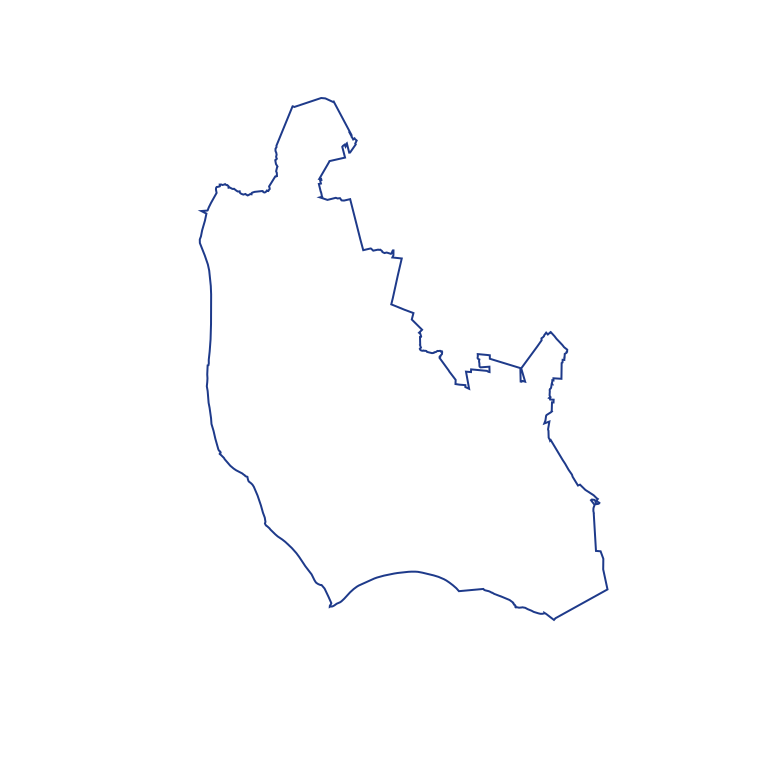 Ahome, Sinaloa, Mexico (Robinson projection), rotated 332°
{"feature_id": "50627088B63495042821208", "entity_name": "Ahome", "entity_type": "district", "adm_level": 2, "iso_a3": "MEX", "parent_name": "Mexico", "parent_adm1": "Sinaloa", "projection": "robinson", "projection_center": [-109.057, 25.923], "detail": "fine", "context": "isolated", "style": "outline", "palette": "blue", "viewbox_px": 768, "rotation_deg": 332, "n_neighbors": 0, "source": "geoboundaries", "source_scale": "gbopen_adm2", "svg_char_len": 6127}
<svg xmlns="http://www.w3.org/2000/svg" viewBox="0 0 768 768"><g transform="rotate(332 384 384)"><path d="M462.8,102.0L434.9,97.3L433.8,95.9L433.6,95.9L400.9,123.1L400.3,124.4L398.7,125.3L397.9,126.7L397.5,127.8L397.5,129.0L396.8,131.2L395.5,132.6L395.2,133.6L395.1,134.8L394.3,135.2L393.4,135.1L393.0,135.5L391.9,139.0L392.0,142.1L391.3,142.5L388.9,145.2L388.6,145.6L388.5,147.2L387.1,150.2L386.4,150.1L386.4,149.8L385.4,149.7L375.3,155.6L375.0,157.3L374.6,158.2L373.9,158.4L372.4,159.3L371.3,158.6L371.3,158.3L369.5,159.0L368.4,158.8L367.6,158.0L367.5,156.8L367.2,156.5L359.9,153.6L357.5,153.2L356.8,153.3L356.1,154.3L355.0,153.5L352.8,153.6L352.0,153.4L351.7,152.6L351.3,152.3L350.9,151.2L348.7,150.7L347.3,149.1L346.8,148.1L346.6,147.4L347.0,146.1L346.0,145.8L345.2,145.3L344.4,143.9L343.2,141.2L342.4,141.0L341.7,140.5L340.0,138.0L338.9,137.7L339.0,137.4L339.4,137.2L339.6,137.3L339.7,137.7L339.5,136.1L339.1,135.4L339.1,134.9L338.6,134.7L338.0,134.0L337.5,132.9L336.9,133.0L334.7,132.4L333.9,131.4L332.6,130.8L332.2,132.1L331.9,132.3L331.6,132.4L331.1,132.1L330.0,132.0L328.8,131.5L328.1,131.8L327.6,132.3L326.9,133.4L325.9,136.7L316.4,142.8L312.2,145.8L309.8,147.9L309.4,147.9L303.9,145.5L307.2,150.2L302.6,155.7L295.6,162.9L291.7,167.7L289.2,169.9L287.6,173.1L286.1,186.4L284.6,195.8L282.9,201.8L277.1,216.1L273.4,223.8L259.5,249.7L251.8,263.2L245.3,273.5L240.6,280.4L239.0,283.5L237.8,285.0L237.0,284.8L232.4,292.6L230.8,296.1L228.8,299.4L226.5,302.8L225.0,307.4L220.3,318.3L218.8,323.2L215.2,333.1L212.9,338.3L211.5,345.3L209.4,353.1L207.1,363.7L207.0,365.3L207.7,366.8L207.5,368.0L206.5,368.1L206.1,368.6L206.8,370.3L208.0,374.3L208.0,375.6L209.9,384.0L211.5,388.0L212.9,390.7L216.9,396.5L217.5,398.1L218.1,399.0L218.4,400.4L219.8,401.8L219.0,404.6L218.8,406.5L220.0,409.2L220.6,411.1L220.8,413.7L220.0,423.1L218.3,433.5L216.7,440.8L216.0,446.0L214.6,450.1L213.4,451.2L213.3,452.6L213.6,454.1L214.0,454.6L215.1,457.6L215.4,459.3L217.4,465.6L218.6,468.7L221.2,473.6L222.7,477.0L225.6,485.5L227.2,492.1L227.9,496.7L229.0,508.0L230.7,518.1L230.5,524.7L230.7,527.2L231.1,528.2L232.0,529.8L233.5,531.6L234.5,532.2L235.5,536.7L235.1,545.9L234.6,552.8L232.9,554.1L232.5,554.1L232.0,554.5L231.5,555.3L232.3,555.3L233.5,556.0L234.4,556.2L236.2,556.2L239.1,555.8L242.7,556.1L244.4,555.9L248.1,554.9L256.3,552.0L261.0,550.8L265.0,550.2L267.1,550.1L284.1,551.2L286.9,551.6L294.1,553.2L303.9,556.1L307.4,557.3L317.4,561.3L320.6,562.8L323.7,564.5L325.8,565.8L329.3,568.6L338.0,576.3L341.6,579.9L345.3,584.5L346.8,586.8L348.5,590.0L350.3,593.9L352.0,598.3L352.9,602.1L375.5,611.6L375.8,612.8L376.4,613.6L379.2,616.1L380.5,617.7L381.0,618.7L381.6,619.1L382.8,621.1L388.5,627.6L393.5,633.7L395.3,637.5L395.4,638.0L395.2,638.3L395.3,638.4L395.3,639.7L395.5,639.7L395.9,641.1L395.9,641.9L395.5,642.1L395.3,642.6L395.6,643.2L396.1,643.1L398.2,644.9L400.5,645.9L401.3,646.1L403.6,647.9L405.2,650.3L407.8,653.4L409.2,655.5L412.8,659.1L414.2,660.3L415.8,661.2L417.2,661.6L417.8,661.8L418.1,661.7L418.2,661.4L419.2,663.1L423.3,672.1L425.5,671.3L484.9,670.3L490.5,650.6L495.6,641.3L496.7,633.4L492.8,630.9L508.4,596.8L508.6,596.7L509.2,594.5L510.3,592.5L510.9,591.7L513.2,589.6L512.2,583.8L513.3,583.6L515.4,585.1L515.6,585.4L515.7,586.1L514.9,589.7L516.8,590.4L518.1,590.3L518.8,590.7L516.5,587.0L518.8,585.9L518.2,584.8L516.9,580.7L512.1,572.1L509.8,564.9L507.6,564.7L507.0,554.4L507.4,552.3L506.7,546.3L506.5,539.4L506.1,535.1L504.9,511.8L504.0,512.1L504.2,511.0L504.2,508.7L507.3,502.4L507.4,501.5L507.7,500.9L512.4,494.8L507.0,494.1L509.5,491.9L512.1,488.3L513.0,487.7L518.3,487.3L519.5,487.0L519.4,486.4L519.7,486.1L523.7,479.1L525.0,479.9L526.4,477.5L523.4,475.7L523.5,475.2L523.9,474.6L524.4,474.2L524.2,474.1L523.5,474.3L523.2,473.9L524.7,473.6L524.8,472.3L524.9,471.7L526.9,468.4L527.5,467.0L528.1,466.4L529.1,466.2L529.9,465.6L531.9,462.9L532.5,463.3L532.5,462.6L533.0,461.6L533.4,461.3L534.4,459.7L535.3,460.4L536.3,458.5L543.1,462.7L550.7,448.9L551.7,448.8L553.1,446.5L554.5,447.4L555.6,445.4L555.8,445.5L557.7,442.3L559.8,442.1L560.3,441.4L560.8,441.5L561.9,439.7L560.3,436.1L559.8,433.3L557.5,425.0L557.0,421.9L555.7,416.9L555.4,417.0L555.3,416.4L551.9,417.2L551.3,414.8L548.3,416.2L547.8,416.8L546.5,417.3L544.5,417.6L544.3,417.8L543.7,419.4L536.8,422.9L512.5,434.6L509.7,448.2L507.7,446.3L507.4,446.2L507.2,446.5L506.6,446.2L506.3,446.4L505.8,446.0L511.7,434.3L512.0,434.1L489.3,411.4L490.9,408.3L488.1,406.4L480.8,401.6L479.9,403.5L478.8,405.0L478.9,406.0L479.7,407.1L479.0,407.9L478.4,409.0L477.9,410.6L476.7,413.0L476.6,413.6L477.0,414.6L485.2,418.2L482.8,423.0L481.9,422.2L481.0,420.7L467.8,412.0L466.4,414.3L462.2,411.6L456.9,428.2L454.4,424.9L455.3,423.2L450.3,420.0L447.1,417.6L449.2,414.0L447.5,403.6L447.5,402.6L445.3,387.0L446.4,386.5L446.2,385.9L449.2,384.8L450.4,383.0L450.4,382.2L449.4,382.0L449.3,381.2L448.8,380.9L447.6,380.5L446.7,379.9L444.7,380.1L443.3,379.6L442.6,379.9L440.9,379.3L437.1,375.9L436.9,374.8L436.4,374.3L435.2,373.6L434.6,373.0L434.0,373.0L432.8,372.1L432.2,371.3L432.1,370.6L432.1,369.8L433.4,369.2L433.7,369.2L434.1,366.4L434.4,366.3L437.8,359.5L438.3,359.8L438.9,359.7L439.1,359.5L439.8,355.6L439.2,355.6L439.0,355.2L443.1,354.0L438.8,340.1L443.3,335.2L437.0,328.1L427.8,317.1L432.2,312.2L447.0,294.8L458.6,281.5L450.8,276.2L452.8,274.7L455.1,270.5L454.6,270.2L454.3,270.3L451.8,272.3L451.2,272.3L448.1,269.2L445.9,268.6L444.6,266.8L444.6,265.5L443.7,263.6L442.6,263.3L441.9,262.6L437.1,261.2L436.1,258.3L435.7,258.0L428.5,256.1L431.0,245.2L434.7,230.2L440.9,204.9L434.9,203.3L432.9,202.1L432.7,201.8L432.4,199.3L431.8,199.0L430.1,198.4L428.9,197.0L420.5,194.9L415.0,189.1L417.3,189.6L417.4,188.7L418.0,186.9L418.5,184.9L418.4,184.6L420.4,176.8L422.4,177.4L423.2,174.2L424.5,174.5L424.8,173.3L423.2,172.5L439.6,162.3L440.5,161.6L455.9,165.8L458.5,155.0L459.5,154.5L461.6,154.2L461.5,156.3L463.0,155.1L463.8,154.1L464.2,154.0L461.9,163.4L462.7,163.7L471.5,159.2L471.5,158.2L474.2,156.2L473.3,153.9L473.3,153.3L471.6,153.6L471.6,151.0L471.5,150.8L471.6,150.7L471.6,146.8L472.2,147.5L472.2,111.2L471.7,111.4L466.3,104.3L462.8,102.0Z" fill="none" stroke="#1e3a8a" stroke-width="2"/></g></svg>